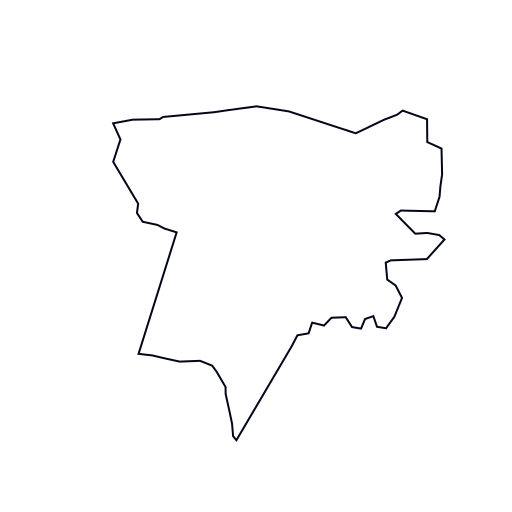 Abala, Tillabéri, Niger (Mercator projection), rotated 287°
{"feature_id": "23599985B96366222257755", "entity_name": "Abala", "entity_type": "district", "adm_level": 2, "iso_a3": "NER", "parent_name": "Niger", "parent_adm1": "Tillabéri", "projection": "mercator", "projection_center": [3.603, 15.017], "detail": "fine", "context": "isolated", "style": "outline", "palette": "ink", "viewbox_px": 512, "rotation_deg": 287, "n_neighbors": 0, "source": "geoboundaries", "source_scale": "gbopen_adm2", "svg_char_len": 985}
<svg xmlns="http://www.w3.org/2000/svg" viewBox="0 0 512 512"><g transform="rotate(287 256 256)"><path d="M74.1,291.1L180.0,316.5L192.3,318.8L197.4,328.9L208.7,329.2L209.4,341.4L219.0,346.2L223.7,359.7L216.1,368.6L217.3,377.7L227.6,378.7L232.8,385.8L223.7,392.4L224.9,401.5L238.4,406.1L258.6,407.9L268.6,398.2L271.8,388.4L287.6,382.0L291.2,386.1L303.0,420.3L326.9,431.4L329.6,425.1L328.1,413.0L323.9,401.8L337.1,377.4L341.8,381.2L351.0,413.9L366.3,414.2L376.4,412.0L388.5,410.1L413.0,402.0L415.0,386.5L436.8,379.6L437.9,353.7L432.4,349.7L423.8,338.7L422.1,336.8L414.7,328.8L402.5,315.5L403.9,245.2L399.3,212.8L387.8,187.7L381.3,174.0L361.8,126.5L358.6,123.7L350.3,98.2L341.1,80.6L327.8,92.3L304.3,91.9L271.6,128.0L262.3,129.6L255.6,137.7L256.9,152.7L255.5,160.4L255.4,173.2L128.1,172.3L130.6,185.9L131.4,198.1L132.7,213.9L139.4,233.1L138.3,246.2L133.7,252.3L121.8,265.2L115.2,267.3L99.6,276.1L88.9,282.0L77.0,286.8L74.1,291.1Z" fill="none" stroke="#020617" stroke-width="2"/></g></svg>